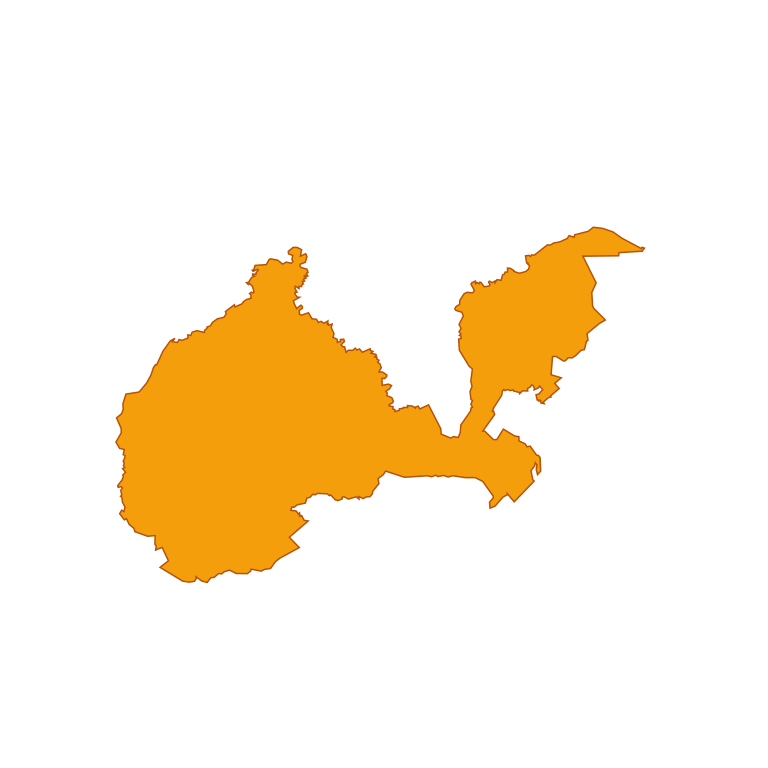 San Martín Chalchicuautla, San Luis Potosí, Mexico (Robinson projection), rotated 238°
{"feature_id": "50627088B19949088040088", "entity_name": "San Martín Chalchicuautla", "entity_type": "district", "adm_level": 2, "iso_a3": "MEX", "parent_name": "Mexico", "parent_adm1": "San Luis Potosí", "projection": "robinson", "projection_center": [-98.615, 21.363], "detail": "fine", "context": "isolated", "style": "filled", "palette": "amber", "viewbox_px": 768, "rotation_deg": 238, "n_neighbors": 0, "source": "geoboundaries", "source_scale": "gbopen_adm2", "svg_char_len": 6160}
<svg xmlns="http://www.w3.org/2000/svg" viewBox="0 0 768 768"><g transform="rotate(238 384 384)"><path d="M547.6,347.5L552.9,337.5L549.9,334.1L550.3,332.6L548.9,332.7L548.4,337.4L547.3,337.9L546.1,334.4L544.9,333.7L546.9,330.9L546.0,330.2L544.0,331.3L544.5,328.3L542.1,323.1L542.8,321.1L540.1,321.7L540.4,323.3L536.4,324.2L531.0,322.5L530.5,321.3L532.2,320.2L532.0,317.9L530.0,318.3L527.2,316.6L528.5,312.2L528.3,308.3L527.2,306.2L528.3,298.5L530.5,299.1L529.5,287.9L527.2,287.4L525.4,283.7L527.6,277.1L527.1,271.1L525.3,267.4L526.1,264.2L524.8,263.0L524.7,260.5L522.9,259.0L528.4,253.6L529.6,248.7L527.6,245.8L529.6,243.7L526.9,242.1L528.0,235.9L530.3,233.9L528.7,230.8L532.0,227.0L533.5,230.9L533.8,225.6L529.0,214.0L520.7,201.4L521.5,200.5L520.1,197.2L515.0,191.0L510.6,183.2L507.5,173.9L507.1,171.7L512.2,159.8L505.6,152.1L500.5,149.3L497.8,145.5L497.0,139.2L485.8,137.6L481.9,135.4L476.8,125.9L469.5,125.7L466.1,129.0L462.3,125.4L460.7,126.4L458.9,125.2L456.6,121.8L454.6,121.9L452.9,119.8L450.6,119.9L450.8,117.5L446.1,118.0L445.2,114.2L443.3,113.7L441.3,110.7L438.9,104.3L437.2,103.8L436.3,106.6L434.4,107.1L433.3,104.4L428.7,102.7L428.4,101.1L426.9,101.7L422.4,99.6L416.8,99.1L413.7,95.9L416.0,94.7L414.1,91.1L406.4,91.8L406.3,94.2L399.8,93.5L394.3,95.4L390.7,94.5L380.1,102.9L376.7,109.6L369.5,104.8L367.5,105.1L364.2,102.3L363.0,109.3L348.3,107.5L347.2,96.9L323.5,108.8L319.2,113.8L317.1,118.8L318.5,121.7L320.1,122.4L313.4,125.1L309.4,128.9L311.5,134.3L310.0,137.5L310.9,143.3L308.9,145.9L309.5,148.6L308.1,154.3L301.6,158.3L295.6,167.6L296.0,171.7L297.4,173.2L290.4,180.7L290.1,184.4L287.7,190.1L290.9,197.8L291.5,203.6L290.2,225.5L304.2,222.5L308.0,247.1L310.7,244.1L315.0,244.3L316.4,243.0L316.1,244.1L317.9,243.1L319.4,244.0L319.2,242.6L323.0,242.1L326.3,238.0L328.5,240.7L327.1,242.4L327.5,246.4L324.7,254.2L328.1,258.1L327.1,261.4L328.3,265.2L326.6,266.6L326.4,269.7L321.0,277.6L318.3,278.5L318.2,280.0L311.6,281.3L309.5,283.2L308.7,287.6L310.1,288.7L309.6,290.3L305.2,292.9L303.1,300.6L299.7,301.8L302.0,302.9L297.8,305.7L297.7,309.0L295.9,312.4L297.0,315.8L299.1,317.9L302.2,326.9L306.9,328.8L307.4,335.2L309.3,339.2L294.1,351.9L283.2,372.1L280.1,375.3L279.2,379.6L277.0,380.6L274.8,386.1L271.1,389.2L269.9,393.5L261.4,403.5L256.3,411.7L249.2,416.1L231.2,417.2L229.5,416.3L227.9,410.9L222.5,408.1L221.6,413.5L225.1,425.1L224.7,429.5L225.8,430.4L215.1,432.0L222.1,459.9L224.1,459.5L232.6,462.7L234.7,468.3L237.1,470.6L234.5,470.9L230.6,467.7L225.8,466.2L227.1,470.7L238.9,477.4L241.6,477.1L242.8,475.7L253.9,475.0L255.0,472.0L258.4,472.0L264.3,468.3L267.8,470.5L270.8,467.2L282.5,461.3L277.1,450.3L278.7,447.4L290.4,444.5L291.7,442.8L299.5,461.7L302.7,462.5L303.4,461.5L305.7,464.5L312.1,477.9L315.3,480.6L315.8,482.6L314.4,483.0L313.8,485.9L311.5,487.6L310.6,490.4L309.4,490.2L305.1,494.3L303.9,493.9L304.8,497.8L301.9,502.2L304.1,503.3L304.0,506.8L305.0,508.5L303.9,509.5L300.8,509.4L299.5,508.2L298.9,512.9L299.8,514.9L295.1,515.6L293.5,510.0L294.3,507.2L289.2,505.4L287.8,507.4L287.4,506.5L286.5,507.9L284.6,507.0L282.4,509.5L284.3,509.5L285.3,516.3L284.5,518.8L285.7,519.0L287.3,530.2L294.1,529.1L295.3,537.6L303.3,530.6L318.0,541.5L316.1,544.6L308.4,548.4L307.6,549.9L308.6,554.2L306.5,557.3L306.5,561.5L308.1,568.8L307.0,572.2L312.9,578.3L312.9,580.1L319.1,582.9L321.2,598.7L321.0,605.6L337.2,601.9L339.9,602.4L351.5,608.7L357.3,617.5L387.0,620.4L368.4,650.9L370.9,652.9L359.8,673.3L361.2,676.9L363.2,675.3L362.5,674.0L381.6,663.0L391.6,658.8L400.1,651.9L406.0,644.6L405.3,638.0L409.5,624.8L407.7,623.0L411.8,619.6L410.3,616.5L411.4,608.3L413.7,602.5L413.6,598.8L415.4,596.3L413.6,579.8L415.3,577.6L414.5,575.8L416.3,575.1L417.7,571.9L411.0,569.1L410.1,570.2L409.1,569.4L407.3,570.2L404.8,567.5L404.3,563.8L406.1,557.6L410.7,553.7L411.3,554.3L415.1,552.4L416.9,550.2L413.5,548.1L414.7,546.0L413.4,544.3L413.7,542.4L409.9,538.2L412.6,535.2L411.0,531.9L412.5,532.6L412.7,529.4L415.4,527.9L415.0,526.7L411.9,526.4L411.4,525.2L413.3,520.5L418.7,520.1L419.5,519.4L418.6,518.0L420.9,516.7L420.5,515.0L422.9,516.0L423.3,512.0L422.6,510.7L415.5,510.2L414.6,508.7L414.5,507.1L417.7,503.2L418.1,499.8L414.9,492.8L411.4,490.2L411.5,486.2L410.3,483.9L408.3,484.0L403.5,488.1L399.7,487.4L394.7,479.2L390.3,478.8L388.5,475.3L385.6,475.7L385.3,473.7L383.8,474.6L381.8,473.6L382.5,471.1L372.7,465.8L354.0,465.6L349.9,466.9L340.5,459.2L335.2,457.3L332.1,453.0L325.0,449.6L323.1,450.2L320.7,446.9L317.4,446.7L317.5,445.0L315.2,443.1L308.6,427.5L302.4,422.9L299.3,418.7L302.7,414.9L302.7,412.0L311.2,405.9L315.8,408.4L342.7,410.7L343.9,401.1L347.1,401.3L347.8,398.4L347.0,397.8L350.2,396.4L353.3,392.5L351.7,391.5L353.9,387.8L353.3,387.1L354.8,383.9L353.6,382.9L354.9,378.7L356.6,379.6L358.2,378.3L360.1,379.7L362.6,376.8L363.8,377.4L363.5,381.5L364.5,382.8L368.3,383.4L372.5,380.3L374.9,382.0L376.7,381.6L376.9,386.0L378.7,389.6L381.6,387.6L383.8,381.7L389.9,385.3L388.3,387.3L388.7,389.8L390.1,391.2L394.9,389.1L396.9,386.1L399.4,390.4L403.5,391.2L405.6,390.1L406.8,392.3L409.0,391.1L410.4,392.1L411.9,390.6L412.0,392.5L413.5,392.8L417.0,389.2L417.5,391.9L419.6,390.2L421.2,390.9L422.4,382.5L426.7,381.8L427.3,378.9L429.6,378.6L429.1,375.2L431.5,371.8L430.9,368.6L436.4,370.3L437.5,368.8L440.1,368.5L441.0,372.9L443.3,373.6L444.9,370.6L443.2,369.6L444.0,366.5L446.5,368.0L450.7,365.5L453.0,368.2L459.7,369.1L462.3,371.8L463.1,368.4L464.9,368.7L464.1,367.1L467.2,369.8L467.3,365.2L470.4,364.0L471.0,361.0L474.8,361.0L477.4,357.5L484.4,357.7L486.2,350.3L487.9,349.3L491.4,351.2L491.4,354.7L492.7,355.8L494.9,355.3L494.3,349.9L499.5,350.4L502.6,351.3L502.3,358.3L503.8,356.4L506.9,356.2L509.0,357.1L508.0,358.9L512.6,359.2L513.9,360.7L510.0,362.5L511.8,363.7L510.3,365.8L511.8,367.2L511.6,368.8L514.2,369.0L513.4,371.2L515.7,371.3L515.1,373.8L517.9,373.5L517.9,374.7L516.2,375.0L516.0,376.7L519.0,376.7L518.9,378.7L522.2,379.5L526.7,375.4L528.8,375.3L530.0,376.3L528.9,381.8L533.1,386.3L536.0,386.6L536.7,380.9L541.6,385.3L545.9,382.7L548.0,379.4L547.2,373.1L544.9,372.0L541.3,374.8L538.5,371.9L536.0,371.7L535.5,369.4L539.1,365.8L539.4,361.6L545.4,359.4L550.3,354.1L550.5,352.6L547.6,347.5Z" fill="#f59e0b" stroke="#b45309" stroke-width="1.5"/></g></svg>